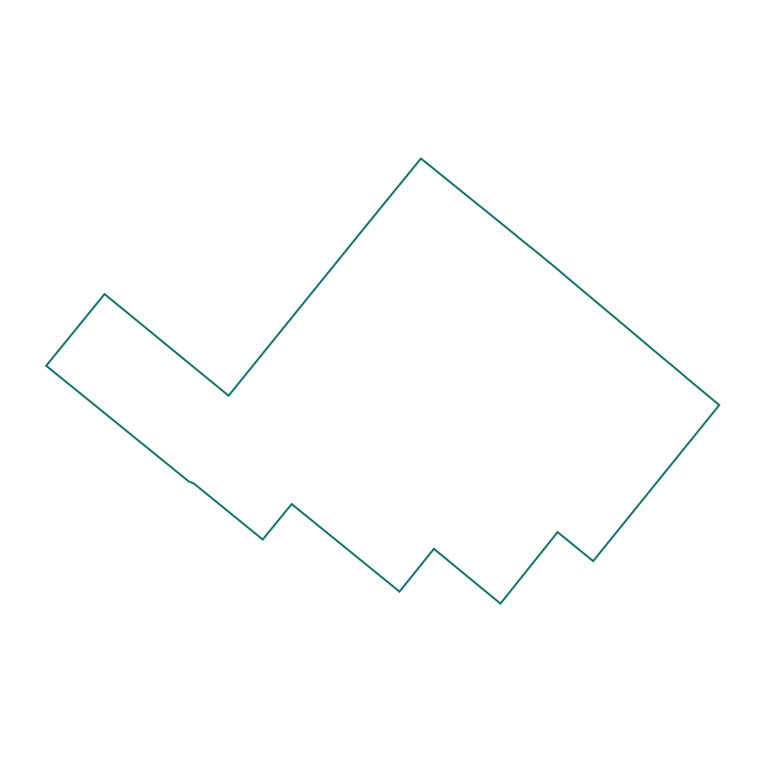 outline of Roosevelt, New Mexico, United States of America, rotated 309°
{"feature_id": "52423323B49332182234099", "entity_name": "Roosevelt", "entity_type": "district", "adm_level": 2, "iso_a3": "USA", "parent_name": "United States of America", "parent_adm1": "New Mexico", "projection": "mercator", "projection_center": [-103.277, 34.088], "detail": "fine", "context": "isolated", "style": "outline", "palette": "teal", "viewbox_px": 768, "rotation_deg": 309, "n_neighbors": 0, "source": "geoboundaries", "source_scale": "gbopen_adm2", "svg_char_len": 766}
<svg xmlns="http://www.w3.org/2000/svg" viewBox="0 0 768 768"><g transform="rotate(309 384 384)"><path d="M186.8,387.6L217.7,387.7L232.6,387.8L232.4,526.7L287.3,526.5L286.6,612.7L378.1,612.1L378.0,658.0L578.6,657.8L579.0,626.8L579.1,620.2L579.1,615.7L579.3,611.6L579.5,604.1L579.7,588.6L579.9,569.7L580.1,565.2L580.9,523.8L581.1,510.3L581.6,483.2L581.6,480.7L582.0,459.9L582.4,444.6L582.5,429.3L582.6,425.3L582.6,421.7L582.6,413.9L582.5,411.5L582.5,409.2L582.5,408.8L582.5,408.2L582.5,404.7L582.5,397.8L582.6,389.2L582.6,384.6L582.6,371.5L582.5,295.1L582.5,277.8L582.4,270.8L538.7,270.6L491.2,270.5L461.5,270.5L400.0,270.5L394.4,270.5L277.1,270.6L278.0,110.2L185.6,110.0L185.4,293.6L187.0,298.7L186.8,387.6Z" fill="none" stroke="#0f766e" stroke-width="2"/></g></svg>